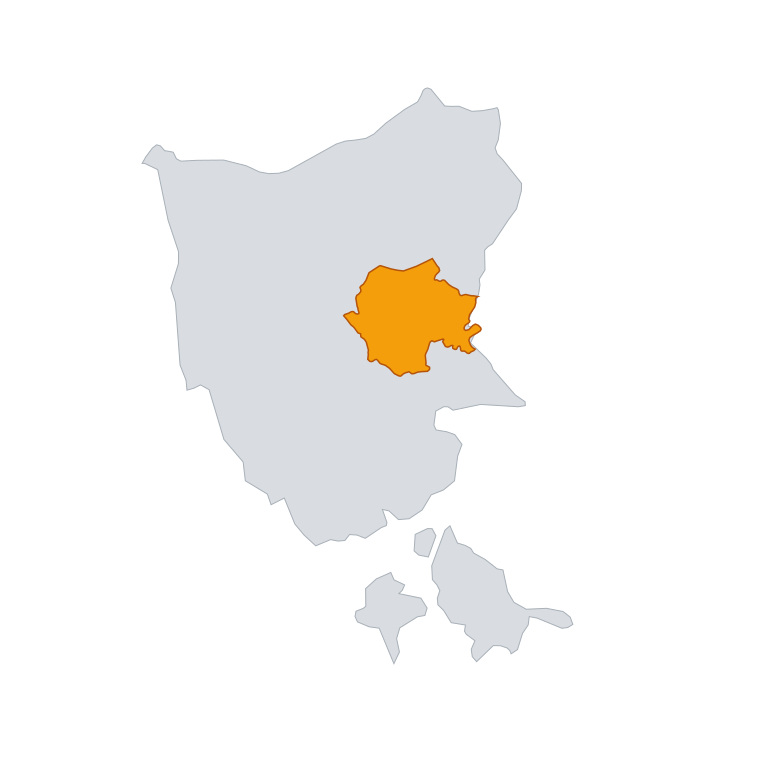 Viljandi highlighted on a map of Estonia, rotated 253°
{"feature_id": "EST-2350", "entity_name": "Viljandi", "entity_type": "County", "adm_level": 1, "iso_a3": "EST", "parent_name": "Estonia", "parent_adm1": "", "projection": "albers", "projection_center": [25.42, 58.32], "detail": "fine", "context": "in_parent", "style": "filled", "palette": "amber", "viewbox_px": 768, "rotation_deg": 253, "n_neighbors": 0, "source": "natural_earth", "source_scale": "10m", "svg_char_len": 4894}
<svg xmlns="http://www.w3.org/2000/svg" viewBox="0 0 768 768"><g transform="rotate(253 384 384)"><path d="M615.2,572.9L612.7,573.5L599.1,571.5L584.0,564.6L577.4,559.3L571.0,559.5L563.3,563.3L535.6,574.2L528.7,571.9L512.7,561.9L504.5,550.8L486.4,528.8L484.9,523.5L482.5,519.3L463.5,513.9L456.5,505.8L450.6,504.7L442.1,500.6L419.9,483.1L414.4,481.5L413.1,484.4L413.4,488.6L412.0,490.9L409.2,490.9L404.1,484.4L398.0,478.7L378.8,489.3L371.8,492.1L365.8,492.6L335.2,506.3L325.8,513.7L322.0,512.8L323.0,505.7L336.2,470.5L338.8,442.3L343.5,438.5L344.8,434.6L343.0,425.6L330.1,419.7L324.8,420.4L320.0,430.0L314.9,436.9L303.4,440.9L293.6,433.4L270.8,423.1L265.3,409.9L264.2,396.7L252.4,383.7L247.8,368.6L250.1,358.2L261.2,351.7L264.5,345.8L250.7,346.3L247.9,344.8L247.5,339.4L241.9,321.0L247.5,313.9L250.1,307.0L245.8,300.9L247.2,294.2L250.8,287.4L249.2,271.4L262.9,263.4L276.2,257.8L304.1,255.3L301.6,240.7L312.8,240.3L332.0,223.1L350.6,226.5L377.8,214.7L429.7,215.1L436.8,208.2L435.6,201.2L435.7,193.8L445.5,195.8L461.7,194.5L523.0,208.4L538.0,208.2L559.2,222.6L570.5,226.2L603.7,225.4L655.1,230.3L664.8,219.8L665.7,217.2L670.8,222.6L677.3,231.4L679.2,236.5L677.2,239.7L671.2,242.5L669.9,245.3L667.3,250.2L660.1,251.3L656.5,254.9L652.6,270.5L645.0,296.2L633.0,316.0L623.2,326.9L618.9,335.2L616.3,345.0L616.0,354.9L627.4,408.4L627.6,418.1L625.6,428.2L624.2,438.4L625.9,447.2L632.9,462.0L640.6,484.2L643.9,498.5L648.8,503.6L653.4,507.3L654.4,509.7L654.4,512.2L652.1,515.1L632.1,523.3L629.7,529.8L627.7,536.9L619.1,547.7L616.7,557.6L615.3,568.9L615.2,572.9ZM163.6,372.4L170.1,377.0L176.4,375.9L182.7,373.1L196.2,376.5L226.4,399.6L229.1,405.6L210.5,407.7L206.0,414.3L201.4,418.9L196.1,420.3L186.7,429.4L174.2,438.1L171.4,443.4L149.4,441.5L137.2,444.4L127.0,454.2L122.0,473.7L114.1,488.7L106.6,493.9L98.9,494.3L97.4,488.5L98.4,482.7L115.5,461.8L119.1,454.9L111.4,451.4L105.1,443.6L91.0,434.0L88.8,426.7L92.3,426.4L95.6,424.5L99.7,418.8L101.9,412.0L91.4,391.4L97.4,388.7L104.7,389.8L111.9,395.9L120.5,389.5L124.0,388.7L129.7,391.4L136.1,378.5L150.1,374.8L157.1,371.0L163.6,372.4ZM193.8,336.3L185.8,345.0L181.4,341.2L179.2,336.9L168.4,356.7L157.1,359.7L150.7,355.4L151.6,347.9L146.2,327.8L136.8,321.6L123.2,320.4L113.7,311.7L151.9,308.0L156.2,298.7L164.3,289.1L170.1,288.3L174.9,290.8L175.5,298.5L176.7,301.6L193.7,306.6L199.9,319.8L201.8,335.4L193.8,336.3ZM231.6,387.7L223.7,389.3L205.6,375.8L210.2,367.3L215.6,364.0L231.1,369.9L233.0,383.2L231.6,387.7Z" fill="#d9dde1" stroke="#a8b0b8" stroke-width="1"/><path d="M419.3,484.5L418.4,484.0L417.8,482.9L416.7,479.6L416.0,478.4L414.3,477.0L412.6,476.7L411.3,477.9L411.2,481.0L413.9,485.9L414.6,488.8L412.6,491.3L409.6,492.9L408.1,492.9L406.7,491.7L405.5,487.8L404.6,483.3L403.3,479.6L400.9,477.9L396.4,478.0L394.1,478.7L392.0,480.0L390.7,481.4L389.9,480.1L389.6,479.3L389.5,478.4L389.4,477.4L389.2,476.4L388.9,475.6L388.4,474.7L388.5,473.7L389.2,472.6L390.9,471.5L391.9,470.6L392.4,469.2L392.6,468.2L393.2,467.5L394.5,467.3L395.9,467.6L397.3,467.7L398.2,467.4L398.3,466.2L397.9,465.3L397.5,464.8L396.6,464.1L396.1,463.5L396.1,462.7L396.6,461.6L397.9,460.3L399.0,460.4L399.9,460.8L400.6,461.1L401.0,460.5L401.1,459.0L400.7,457.5L400.6,456.0L401.2,454.7L402.0,453.7L407.2,452.5L408.3,453.3L408.8,454.1L409.4,454.0L409.8,453.2L409.7,446.9L409.6,445.5L409.6,444.5L411.3,442.5L410.9,440.8L409.8,439.6L404.2,435.9L400.5,432.5L399.1,431.8L391.6,430.3L391.1,429.8L389.7,429.6L386.7,432.5L385.1,432.1L384.5,431.6L383.4,429.3L384.8,423.7L385.5,419.8L385.2,415.8L385.6,413.6L388.4,411.5L388.4,407.1L387.9,405.1L386.8,402.8L386.7,402.2L387.3,400.7L390.9,396.9L397.3,393.9L401.3,390.9L402.5,389.4L403.8,387.4L405.1,386.1L408.8,384.7L409.8,383.9L409.8,382.1L409.3,380.8L409.0,379.5L409.2,378.2L409.9,377.0L412.3,375.7L416.8,377.6L418.9,378.0L420.9,379.0L429.2,379.3L432.5,378.3L435.9,375.7L438.8,376.3L440.4,374.1L446.5,372.0L448.2,371.1L450.1,369.7L457.0,367.2L461.1,365.4L461.9,366.7L462.1,371.3L462.7,373.7L462.5,375.2L462.0,376.1L460.3,377.0L459.3,377.8L458.6,379.3L458.7,380.4L459.6,380.9L462.5,380.9L464.5,381.2L466.0,381.0L474.4,382.2L475.5,382.9L476.8,384.0L477.1,385.3L477.6,386.5L478.3,387.6L479.3,388.9L480.5,389.3L483.5,389.3L484.3,390.4L485.0,392.0L485.4,393.4L488.4,397.1L494.8,402.2L498.2,413.9L498.2,415.2L491.9,424.5L488.7,430.4L486.4,435.7L487.1,449.5L489.8,466.9L481.2,469.4L479.3,470.4L476.3,470.4L475.1,469.1L473.9,466.7L472.6,464.8L470.1,463.0L468.9,462.8L468.4,463.6L468.3,464.4L468.0,465.2L466.7,466.4L466.0,467.2L465.8,468.3L465.9,469.2L466.3,470.1L466.0,471.4L465.3,472.3L460.1,475.0L456.6,477.9L453.8,481.1L452.3,482.3L450.7,482.6L449.2,482.3L446.8,482.7L445.9,483.7L445.8,485.1L445.9,486.8L445.7,488.4L443.3,492.5L442.6,494.1L442.0,495.8L440.2,499.3L440.1,498.3L439.2,497.0L438.3,496.3L434.9,495.6L431.1,493.2L427.5,488.8L425.3,486.1L421.5,484.0L420.5,484.0L419.9,484.4L419.3,484.5Z" fill="#f59e0b" stroke="#b45309" stroke-width="1.5"/></g></svg>